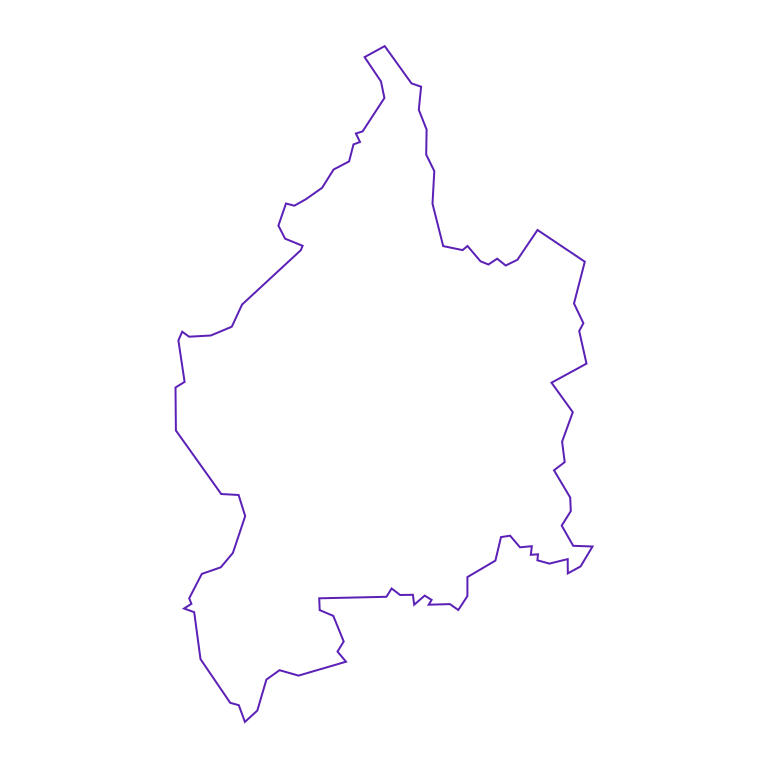 outline of Gradsko, Gradsko, North Macedonia
{"feature_id": "65306769B37555850097023", "entity_name": "Gradsko", "entity_type": "district", "adm_level": 2, "iso_a3": "MKD", "parent_name": "North Macedonia", "parent_adm1": "Gradsko", "projection": "albers", "projection_center": [21.883, 41.613], "detail": "fine", "context": "isolated", "style": "outline", "palette": "violet", "viewbox_px": 768, "rotation_deg": 0, "n_neighbors": 0, "source": "geoboundaries", "source_scale": "gbopen_adm2", "svg_char_len": 1405}
<svg xmlns="http://www.w3.org/2000/svg" viewBox="0 0 768 768"><path d="M175.5,387.5L175.9,430.5L221.2,494.0L238.6,495.0L245.2,516.1L232.9,552.9L220.8,567.3L201.8,573.9L189.2,598.3L191.4,603.8L184.1,608.5L194.2,612.2L200.5,659.1L230.2,702.8L238.8,705.2L244.9,721.9L257.3,710.6L266.4,679.6L279.5,670.2L298.5,675.6L346.0,661.7L337.5,651.6L343.7,641.5L333.3,615.9L319.7,610.1L319.2,598.3L386.4,596.8L391.6,588.5L400.1,595.0L412.9,594.8L414.2,604.7L424.7,595.6L431.6,599.9L428.7,604.7L449.9,604.1L458.3,610.0L467.4,596.1L467.4,577.1L495.4,560.6L501.0,537.1L510.1,535.7L520.0,547.3L531.8,546.2L530.8,554.8L538.0,554.3L537.4,560.3L549.4,563.6L567.7,559.1L567.8,573.4L580.6,566.4L592.5,546.5L573.2,545.8L561.7,525.6L570.8,511.1L570.2,497.5L554.0,470.3L564.7,462.1L562.1,441.6L572.8,412.2L551.5,382.7L586.5,363.6L579.2,331.0L583.4,323.2L574.0,303.5L584.8,261.7L537.5,230.0L517.4,259.8L505.7,265.5L497.2,258.7L488.4,264.5L480.5,261.3L467.5,246.0L462.6,250.1L443.2,246.1L432.5,203.7L434.3,171.1L426.2,154.6L426.6,129.6L418.8,109.8L421.1,86.7L411.5,83.4L384.7,46.1L364.6,57.1L381.0,81.5L384.4,98.0L362.6,131.4L355.9,133.5L360.0,142.0L353.5,144.4L349.1,161.4L333.6,169.5L322.1,187.8L305.6,199.4L294.3,205.7L286.0,203.5L278.4,225.6L285.1,238.7L302.6,245.8L300.8,250.2L242.1,304.5L231.8,326.7L210.8,335.5L189.1,336.7L182.2,331.7L178.4,340.4L184.6,381.9L175.5,387.5Z" fill="none" stroke="#5b21b6" stroke-width="2"/></svg>